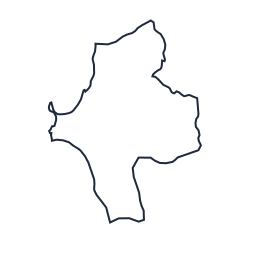 an SVG outline of Sinop, rotated 248°
{"feature_id": "TUR-2294", "entity_name": "Sinop", "entity_type": "Province", "adm_level": 1, "iso_a3": "TUR", "parent_name": "Turkey", "parent_adm1": "", "projection": "natural_earth1", "projection_center": [34.958, 41.65], "detail": "fine", "context": "isolated", "style": "outline", "palette": "slate", "viewbox_px": 256, "rotation_deg": 248, "n_neighbors": 0, "source": "natural_earth", "source_scale": "10m", "svg_char_len": 1773}
<svg xmlns="http://www.w3.org/2000/svg" viewBox="0 0 256 256"><g transform="rotate(248 128 128)"><path d="M47.1,76.0L62.5,78.0L77.7,73.8L82.6,73.4L84.8,74.0L88.6,75.9L93.2,77.4L110.8,78.3L117.8,77.6L124.7,75.6L126.9,74.5L132.0,70.7L136.8,68.0L140.8,63.3L143.8,57.7L144.7,52.7L146.5,53.3L150.3,54.0L152.0,55.0L152.3,54.0L152.9,53.7L153.7,53.8L154.8,53.8L155.7,55.8L157.1,57.2L158.1,58.4L157.5,59.6L157.5,60.6L162.4,64.4L165.5,65.6L169.4,65.3L170.8,64.5L172.9,62.3L174.4,61.9L176.4,62.2L177.7,62.9L180.4,65.3L180.4,66.5L173.2,65.6L169.9,66.0L167.1,68.1L165.9,70.7L164.7,74.4L164.0,78.2L163.9,81.3L164.7,83.9L168.3,90.2L172.3,95.2L179.5,100.9L179.5,102.1L177.7,102.1L178.5,104.3L179.8,107.0L181.6,109.2L185.4,111.1L189.3,115.5L191.4,117.1L199.3,120.1L205.1,121.0L207.3,122.4L211.5,126.2L216.4,128.8L218.3,129.4L213.1,140.7L212.5,149.2L214.7,157.3L215.0,162.2L214.5,167.1L215.2,171.0L217.0,174.4L218.0,179.3L219.1,189.4L216.4,191.3L209.6,189.6L206.9,190.7L206.8,190.8L202.8,193.5L197.0,194.4L191.2,193.8L187.1,191.6L184.8,189.2L183.6,188.6L177.6,187.9L176.3,186.9L177.8,184.9L173.4,182.8L171.3,181.4L170.4,179.8L170.1,176.8L169.3,173.8L168.2,171.3L166.7,170.0L165.3,172.4L161.8,174.3L154.8,176.9L150.4,180.9L148.8,181.6L145.4,181.8L144.1,182.4L142.8,183.8L143.8,186.8L141.8,188.8L138.8,190.3L136.6,191.8L136.2,193.0L136.0,195.8L135.6,197.1L135.0,198.0L132.7,200.1L129.8,203.3L114.7,198.6L112.4,197.3L110.9,194.8L107.5,192.5L103.6,191.4L99.2,192.5L94.7,191.7L92.4,189.4L89.5,188.8L84.6,189.1L81.0,184.9L82.1,163.0L80.7,159.7L79.9,156.6L81.1,150.1L83.7,144.4L87.6,140.7L92.0,137.9L96.6,126.7L89.2,117.4L80.4,115.0L64.1,114.1L56.1,112.0L50.3,111.4L45.6,111.6L36.9,108.4L37.2,102.8L43.9,95.3L47.7,85.5L47.1,76.0L47.1,76.0Z" fill="none" stroke="#1e293b" stroke-width="2"/></g></svg>